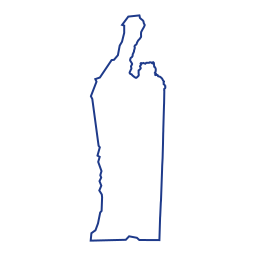 the district of Washington, New York, United States of America
{"feature_id": "52423323B92557929546558", "entity_name": "Washington", "entity_type": "district", "adm_level": 2, "iso_a3": "USA", "parent_name": "United States of America", "parent_adm1": "New York", "projection": "orthographic", "projection_center": [-73.385, 43.375], "detail": "fine", "context": "isolated", "style": "outline", "palette": "blue", "viewbox_px": 256, "rotation_deg": 0, "n_neighbors": 0, "source": "geoboundaries", "source_scale": "gbopen_adm2", "svg_char_len": 2206}
<svg xmlns="http://www.w3.org/2000/svg" viewBox="0 0 256 256"><path d="M98.6,145.8L99.8,147.3L97.5,155.6L99.7,156.9L98.2,161.9L101.5,171.1L100.3,175.2L101.2,177.6L99.5,181.1L101.3,185.7L99.3,190.5L101.8,194.5L102.1,197.4L101.6,210.9L100.2,212.5L98.0,223.4L95.5,230.2L91.4,233.2L90.7,240.6L92.7,240.6L113.1,240.1L125.8,239.8L129.1,236.3L136.9,237.8L139.3,240.0L159.4,240.1L160.1,217.4L160.2,216.1L160.8,202.8L161.0,200.4L162.1,169.1L162.2,165.7L162.6,158.1L163.0,143.7L163.2,133.2L163.3,131.0L163.3,129.2L164.0,105.4L164.1,103.2L164.3,91.6L164.3,90.6L164.2,90.5L164.2,89.5L164.3,88.8L165.0,88.3L165.3,87.8L165.3,87.1L165.3,86.4L165.2,86.4L164.6,85.0L164.4,84.6L164.1,84.4L163.7,84.2L163.6,82.4L164.0,81.8L164.0,81.5L163.2,80.7L162.1,78.6L161.1,77.6L160.1,76.8L158.1,76.2L157.9,75.9L157.8,75.3L157.1,74.9L155.5,75.1L155.3,75.0L155.2,74.7L155.3,74.1L155.8,73.5L155.7,73.4L154.9,72.8L155.6,71.5L155.6,71.1L155.8,70.0L155.7,68.9L155.5,68.2L154.7,66.9L154.2,66.7L153.9,63.2L153.8,62.8L153.5,62.5L153.1,62.2L152.8,62.4L152.3,63.3L151.9,63.1L151.0,62.4L149.8,62.3L149.1,62.8L146.3,62.8L145.3,63.7L143.3,63.0L143.2,63.1L142.0,63.4L141.6,63.4L141.3,63.1L140.8,63.2L140.6,63.6L141.1,64.4L141.1,64.6L140.3,65.7L140.0,66.3L140.7,68.0L140.7,68.3L140.5,68.7L139.7,69.6L138.6,70.4L138.6,73.5L138.8,74.9L138.6,75.6L138.4,75.9L137.0,77.3L136.3,77.8L135.8,77.8L135.4,77.6L134.4,77.0L132.3,75.3L131.6,74.3L130.5,74.0L130.1,73.7L129.6,72.9L129.6,72.6L129.8,72.0L130.8,69.8L131.4,68.7L131.3,67.8L131.0,66.7L131.0,66.3L132.1,64.2L132.1,63.9L132.0,63.5L130.2,60.6L130.1,60.0L130.5,58.5L130.7,58.0L131.0,57.7L131.9,57.1L132.6,55.9L132.7,54.4L134.0,51.5L134.0,50.7L134.1,50.4L134.7,48.4L134.8,47.5L134.5,46.6L134.6,46.1L135.1,45.3L135.8,44.9L136.3,44.4L136.7,43.8L137.0,42.6L138.1,40.6L138.7,39.9L139.7,38.9L141.0,37.0L141.1,36.1L141.0,34.3L141.1,32.6L141.2,32.0L142.4,29.7L144.0,26.9L144.7,25.2L144.7,24.9L144.0,23.6L143.8,23.2L143.4,21.2L142.5,20.1L141.4,19.3L139.9,17.9L139.8,17.4L139.6,16.0L139.4,15.4L128.3,16.6L122.1,24.9L124.2,25.6L124.2,32.9L122.0,41.7L119.7,45.6L117.9,55.2L114.0,59.8L111.6,60.1L99.9,77.5L95.3,79.1L96.5,81.7L90.9,96.2L92.3,99.0L95.9,125.7L98.6,145.8Z" fill="none" stroke="#1e3a8a" stroke-width="2"/></svg>